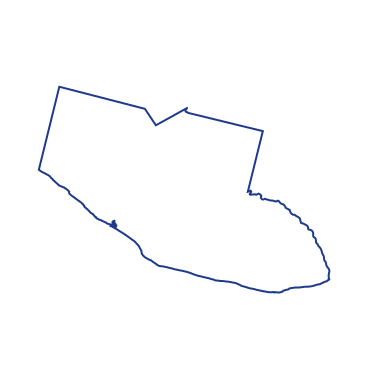 outline of Adolfo Alsina, Río Negro, Argentina, rotated 14°
{"feature_id": "61730980B95988601788876", "entity_name": "Adolfo Alsina", "entity_type": "district", "adm_level": 2, "iso_a3": "ARG", "parent_name": "Argentina", "parent_adm1": "Río Negro", "projection": "robinson", "projection_center": [-63.547, -40.776], "detail": "fine", "context": "isolated", "style": "outline", "palette": "blue", "viewbox_px": 384, "rotation_deg": 14, "n_neighbors": 0, "source": "geoboundaries", "source_scale": "gbopen_adm2", "svg_char_len": 5985}
<svg xmlns="http://www.w3.org/2000/svg" viewBox="0 0 384 384"><g transform="rotate(14 192 192)"><path d="M37.8,122.0L38.0,207.4L38.8,207.8L41.5,208.8L41.9,209.0L43.0,209.1L47.1,210.1L48.1,210.3L50.0,211.0L51.3,211.9L51.9,212.4L52.4,212.7L52.8,212.8L53.6,213.1L54.0,213.8L54.8,214.3L55.0,214.4L55.5,214.4L56.0,214.7L56.3,215.1L58.1,215.9L58.5,216.2L59.0,216.4L59.9,216.9L60.7,217.2L61.0,217.7L61.2,217.8L61.7,217.8L62.7,218.1L63.3,218.1L64.7,218.3L65.4,218.5L66.7,218.5L67.4,218.9L67.7,218.9L68.2,219.2L69.0,219.3L69.6,219.7L70.3,219.9L70.8,220.2L71.3,220.4L71.7,220.7L72.6,221.2L72.8,221.5L72.9,222.6L73.2,223.0L73.4,223.3L76.1,224.7L77.5,225.2L78.1,225.3L79.0,225.8L79.9,226.1L80.2,226.4L81.6,226.8L82.7,227.4L84.2,227.9L84.9,228.1L85.5,228.5L87.6,229.3L88.0,229.6L88.6,230.0L88.8,230.0L88.9,230.3L89.4,230.5L89.7,230.7L89.9,231.0L90.4,231.1L90.9,231.5L91.1,232.1L91.6,232.7L92.0,232.7L92.3,232.9L92.8,233.1L93.1,233.3L93.6,233.7L93.7,233.8L94.1,233.8L94.8,234.1L95.1,234.3L96.2,235.1L97.0,235.4L98.3,236.5L99.6,237.0L100.9,237.3L101.2,237.6L101.8,237.7L102.0,237.9L102.1,238.2L103.0,238.9L103.9,239.2L104.1,239.3L105.4,239.9L105.6,240.2L105.3,240.3L105.6,240.5L106.4,240.8L107.4,240.8L107.8,241.0L108.5,241.3L110.5,241.3L110.9,241.5L111.4,241.6L111.7,241.8L113.1,241.9L114.5,242.3L115.1,242.3L117.1,243.0L118.0,243.2L121.6,243.2L122.0,243.0L122.6,243.0L123.2,242.7L123.6,242.5L124.3,242.3L124.3,242.0L123.0,241.3L122.4,241.0L122.1,240.5L122.1,240.0L122.9,239.2L123.6,238.7L123.8,238.8L123.8,239.1L122.9,239.6L122.9,239.9L123.2,240.1L123.2,240.5L123.5,240.6L124.0,240.6L124.3,240.6L124.4,240.9L124.7,241.2L125.4,241.5L125.8,242.1L125.8,242.4L126.1,242.9L126.6,242.8L126.7,243.4L126.8,243.6L126.7,244.0L125.2,244.0L124.2,243.6L123.7,243.6L122.4,243.9L121.8,244.3L121.3,244.4L121.2,244.7L122.4,244.8L123.4,245.1L125.8,245.8L126.5,246.0L127.4,246.2L128.9,246.7L131.6,247.6L134.8,248.6L139.5,250.3L141.3,251.0L141.6,251.1L143.1,251.8L147.7,253.6L149.0,254.3L151.9,256.2L153.8,257.6L154.5,258.4L154.8,258.9L155.9,259.9L156.7,261.0L157.1,261.3L157.3,261.8L157.7,262.8L157.9,263.1L158.0,263.5L158.1,263.9L158.8,264.4L159.0,264.7L159.5,265.1L159.9,265.5L160.2,265.6L160.6,265.9L161.0,266.1L161.3,266.2L162.5,266.9L164.3,267.3L166.5,268.0L167.6,268.1L168.4,268.1L169.2,268.5L169.7,268.6L170.2,268.9L170.6,269.1L172.1,269.6L173.0,269.9L173.3,270.1L174.4,270.4L175.0,270.8L175.7,271.0L176.1,271.3L176.5,271.4L177.4,271.5L178.5,271.7L180.4,271.4L183.3,271.1L184.8,271.2L186.2,271.0L187.0,271.1L191.7,271.0L193.7,271.2L195.4,271.0L195.9,271.1L196.8,271.0L199.7,271.0L200.7,270.8L204.7,270.8L205.5,270.7L209.1,270.9L211.2,271.1L211.8,271.3L212.2,271.3L213.8,271.5L217.8,271.8L221.7,271.7L224.1,271.8L225.1,271.7L227.2,271.7L228.9,271.6L230.7,271.7L231.7,271.9L232.8,271.8L233.1,271.7L233.6,271.7L234.5,271.9L236.1,272.1L238.3,271.8L238.7,271.6L239.4,271.7L240.1,271.5L240.9,271.5L242.9,271.0L245.3,270.7L246.3,270.7L247.0,270.5L249.2,270.2L255.9,269.8L259.1,270.1L259.5,270.4L260.3,270.5L261.0,270.6L261.9,270.8L262.5,271.1L267.0,271.2L268.4,271.2L269.1,271.4L269.7,271.3L270.0,271.4L271.5,271.5L274.3,271.2L277.3,271.2L278.3,271.3L280.1,271.2L281.2,271.1L282.0,271.2L283.0,271.1L283.3,271.2L284.0,271.0L284.3,271.1L284.5,271.0L285.1,271.1L285.3,271.0L285.9,271.1L286.3,270.9L290.6,270.7L291.7,270.3L292.7,270.3L293.0,270.2L293.3,270.0L294.2,269.8L294.6,269.5L294.9,269.4L295.3,269.4L296.2,269.6L296.4,269.6L296.6,269.5L296.6,269.2L296.9,269.2L297.1,269.2L297.6,269.0L298.4,268.8L300.0,268.7L301.3,268.3L301.7,268.0L302.4,267.7L303.0,267.5L303.3,267.2L303.9,266.7L304.5,265.6L305.9,265.0L306.2,264.6L307.0,264.2L308.2,263.6L308.6,263.5L309.3,262.9L309.4,262.7L309.7,262.2L310.3,261.8L311.6,261.2L315.3,259.7L318.5,258.9L319.3,258.6L321.4,257.9L323.6,256.9L325.9,256.2L326.9,256.0L330.0,254.9L333.0,253.4L334.6,252.3L336.1,251.5L336.8,251.1L337.6,250.9L338.9,250.1L339.3,249.6L340.9,248.5L341.5,247.7L341.9,247.5L344.5,245.8L345.5,244.6L345.6,244.1L345.9,243.9L345.8,243.7L346.2,243.5L345.8,242.9L344.8,240.1L344.6,238.5L344.5,237.2L344.5,236.1L344.4,235.5L344.2,234.7L343.5,233.8L343.0,233.2L341.4,232.0L340.9,231.6L340.0,230.4L339.3,228.8L338.8,227.8L338.1,227.2L336.8,226.1L336.5,225.4L335.8,223.3L335.4,222.5L335.2,222.2L333.6,220.5L333.3,220.1L331.7,217.3L331.2,216.5L329.5,214.9L327.8,213.9L327.4,213.5L327.1,212.9L326.4,212.3L325.8,211.8L324.9,211.3L324.4,210.5L323.9,208.8L323.7,208.4L323.1,207.3L322.7,206.9L322.5,206.7L321.1,206.2L320.7,206.0L320.4,205.7L320.1,204.9L319.7,203.1L319.5,202.5L318.9,201.6L317.8,200.6L317.4,200.4L316.2,200.1L314.9,200.2L314.2,200.2L313.6,199.6L313.2,198.2L312.9,197.8L312.2,197.1L311.1,196.5L307.4,195.7L307.0,195.6L305.8,195.8L305.4,195.7L305.1,195.4L304.6,194.4L303.8,193.1L303.3,191.9L302.6,191.3L301.0,190.6L299.7,190.3L298.6,190.0L298.3,189.7L297.8,189.5L296.8,189.3L296.2,189.5L295.6,189.6L294.2,189.2L293.1,188.5L292.7,188.2L291.8,187.0L291.3,185.9L290.9,185.7L290.0,185.7L289.1,185.2L287.9,185.1L286.9,184.7L286.6,184.5L286.1,183.8L285.1,182.9L285.0,182.7L284.7,182.5L284.2,182.3L283.4,182.0L283.1,181.8L282.5,181.9L281.6,181.7L281.2,181.7L280.1,181.1L278.0,179.6L277.4,179.7L276.0,180.8L275.7,180.9L274.9,180.8L274.1,181.0L273.8,181.0L273.4,180.9L273.0,180.8L272.3,180.8L269.7,181.3L268.0,181.1L266.3,181.2L264.6,180.9L264.2,181.1L263.4,181.8L262.7,182.1L262.3,182.2L261.8,182.1L261.3,181.9L260.4,181.1L260.1,180.7L260.0,180.4L260.0,180.1L260.3,179.2L260.2,179.0L260.1,178.8L259.1,178.1L257.9,177.6L257.1,177.5L256.4,177.8L256.1,178.0L255.7,178.6L255.0,179.1L254.4,179.1L253.9,179.0L253.4,179.1L252.1,179.5L249.5,180.5L248.9,180.4L248.7,180.3L248.5,179.6L248.8,178.9L249.2,178.4L249.3,178.0L249.4,177.6L249.3,177.3L249.2,177.0L248.9,176.8L248.5,176.7L248.2,176.6L248.0,176.9L247.5,177.1L246.8,177.7L246.1,178.2L246.0,115.8L169.1,116.2L168.3,115.7L167.1,115.8L166.7,115.6L166.2,115.2L165.8,114.4L165.8,114.2L166.1,113.6L166.7,112.6L166.8,112.2L166.7,111.9L140.8,136.0L126.2,122.7L37.8,122.0Z" fill="none" stroke="#1e3a8a" stroke-width="2"/></g></svg>